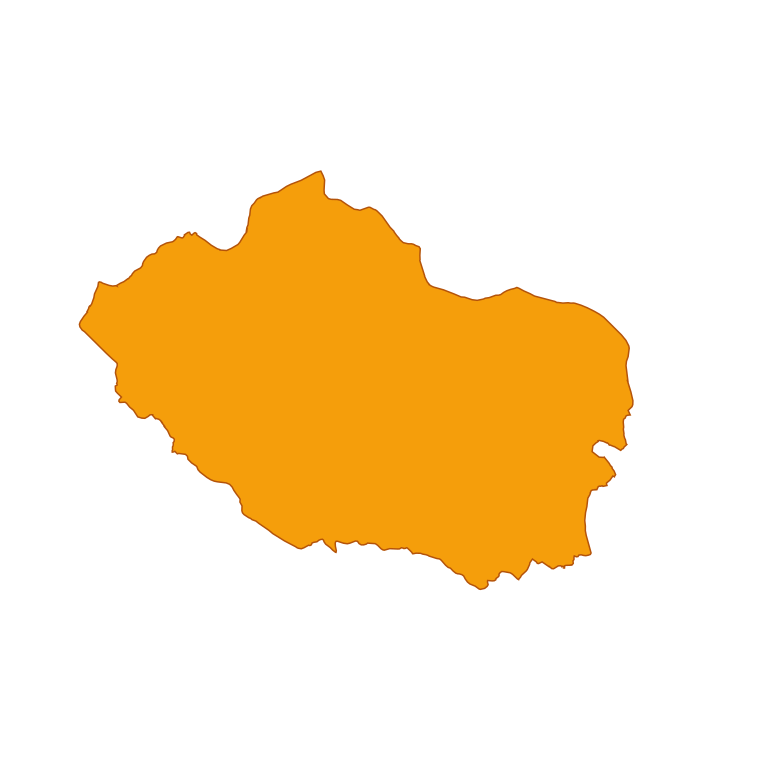 the district of Rungwe, Mbeya, United Republic of Tanzania, rotated 319°
{"feature_id": "72390352B86695961679763", "entity_name": "Rungwe", "entity_type": "district", "adm_level": 2, "iso_a3": "TZA", "parent_name": "United Republic of Tanzania", "parent_adm1": "Mbeya", "projection": "equal_earth", "projection_center": [33.663, -9.236], "detail": "fine", "context": "isolated", "style": "filled", "palette": "amber", "viewbox_px": 768, "rotation_deg": 319, "n_neighbors": 0, "source": "geoboundaries", "source_scale": "gbopen_adm2", "svg_char_len": 6147}
<svg xmlns="http://www.w3.org/2000/svg" viewBox="0 0 768 768"><g transform="rotate(319 384 384)"><path d="M586.2,523.5L592.5,517.9L593.7,515.9L595.2,509.9L595.4,502.9L593.6,477.8L592.3,472.5L590.4,467.1L587.4,459.8L584.4,453.8L581.1,448.4L580.1,447.2L578.1,445.6L576.3,443.5L572.1,440.3L568.5,436.3L568.0,436.1L567.2,433.9L555.3,416.4L553.5,411.7L550.6,405.5L548.6,400.2L547.6,398.3L545.2,397.5L541.5,395.6L537.9,394.2L534.4,393.4L530.8,393.1L528.8,392.2L526.5,390.3L520.0,387.8L516.6,385.6L514.9,385.2L509.2,382.0L505.8,378.2L501.8,371.4L499.3,368.9L495.9,361.9L490.7,352.0L485.1,343.5L484.1,341.4L483.3,338.8L483.5,338.8L483.6,335.3L485.2,329.5L485.5,329.3L492.1,314.2L492.7,313.9L495.5,310.4L500.1,305.7L500.5,303.4L498.4,299.6L498.5,299.3L497.9,297.9L496.8,296.3L494.2,294.0L491.3,290.0L490.9,287.5L490.7,284.5L491.0,283.9L491.0,280.1L491.4,275.8L491.7,275.3L491.4,269.7L492.8,255.9L492.2,248.3L491.6,246.5L490.9,245.6L490.4,244.2L489.3,241.4L488.2,240.4L479.8,237.1L478.4,235.1L476.2,232.6L473.8,224.9L471.8,217.0L469.9,214.2L465.1,209.8L463.7,207.6L463.7,201.4L465.9,198.4L473.0,191.1L474.7,186.9L476.0,181.9L471.4,179.6L455.0,175.9L444.9,172.2L440.0,170.9L429.8,169.6L426.2,167.5L415.8,162.7L413.1,162.3L413.2,162.1L410.4,161.4L408.6,161.4L404.7,162.4L401.2,162.7L398.0,164.3L393.5,168.5L390.8,170.1L385.8,174.7L383.3,175.9L381.1,177.7L381.8,177.7L380.1,179.2L376.3,179.9L368.0,182.5L365.3,182.9L357.8,181.5L352.8,180.0L348.1,175.3L348.3,174.9L346.9,172.6L344.7,166.0L343.2,158.2L341.3,152.0L340.5,148.6L341.1,147.7L341.2,148.0L341.3,147.4L340.7,145.8L339.4,145.5L336.6,145.6L336.2,143.6L336.8,141.9L335.5,141.0L331.4,140.5L331.4,140.8L329.0,141.6L327.9,141.6L327.2,141.0L325.1,137.6L324.6,137.3L321.5,138.1L318.6,138.1L317.3,137.7L312.3,134.9L305.9,133.2L303.0,133.5L300.7,134.3L298.8,135.5L296.3,135.3L294.1,133.7L291.3,132.9L288.0,132.6L283.0,133.8L280.6,135.0L279.5,136.1L276.5,136.7L269.9,135.2L266.5,135.7L264.5,136.5L263.2,136.3L260.2,136.9L259.8,136.5L254.8,136.1L251.2,135.0L246.7,134.2L246.6,134.7L246.3,134.0L243.5,132.1L241.2,129.2L237.7,123.2L237.4,121.9L236.3,120.3L235.2,120.0L232.0,122.7L224.6,126.1L221.7,128.5L215.9,131.8L213.2,132.5L213.0,132.0L211.7,132.4L210.5,133.3L207.2,134.6L207.3,135.2L202.1,136.0L195.8,137.7L193.3,139.1L192.0,141.4L191.6,145.2L192.3,148.0L194.6,178.7L195.4,186.7L196.1,191.5L196.1,193.5L194.4,195.4L191.0,197.3L188.6,199.4L185.3,205.8L184.0,207.4L182.6,208.1L182.5,208.9L181.9,209.7L179.8,209.3L177.7,212.0L176.8,213.3L176.8,216.4L177.3,221.6L173.6,222.2L172.6,223.1L172.6,224.7L176.6,227.8L177.1,229.7L176.9,234.6L177.7,239.5L176.6,247.3L178.8,250.8L181.0,253.0L184.5,253.7L187.2,253.8L188.6,254.8L189.1,255.3L188.8,255.4L188.7,260.0L188.9,259.9L190.9,262.8L191.4,265.0L191.3,266.8L191.1,266.6L190.9,268.1L190.7,271.8L190.3,271.6L190.2,271.9L190.1,277.2L188.4,283.0L188.5,284.3L189.5,286.5L189.5,288.1L187.9,289.7L186.4,289.9L185.4,291.3L184.1,292.4L183.1,292.7L181.2,295.0L180.3,295.4L179.5,296.5L180.8,297.3L182.0,297.6L182.2,301.1L183.6,301.8L188.0,306.8L188.3,309.5L186.7,312.2L187.0,317.2L188.6,323.3L187.4,326.7L187.4,329.9L189.1,338.4L190.4,342.5L192.1,345.9L194.0,348.4L200.0,355.1L201.7,358.5L201.8,362.2L200.9,365.9L200.4,370.5L200.1,375.0L199.8,376.6L197.8,378.6L196.9,382.8L193.6,386.4L192.7,388.4L192.7,390.7L194.2,396.1L195.1,397.9L195.4,399.8L197.4,403.4L198.1,407.2L201.1,418.8L201.9,423.9L206.0,437.2L210.5,448.7L211.0,450.6L211.6,451.8L213.5,454.1L216.2,455.1L221.3,456.2L222.1,457.3L223.6,457.7L225.4,456.8L227.1,457.4L229.9,459.1L232.5,459.2L234.4,459.9L235.7,460.8L235.9,462.1L235.2,463.9L234.9,466.6L236.1,472.1L236.3,475.8L237.0,479.2L237.3,479.6L238.6,478.6L240.9,474.5L242.7,472.2L243.7,471.5L244.7,471.3L245.7,472.1L249.0,477.6L251.5,480.5L253.7,481.7L259.5,483.8L260.8,485.3L260.5,488.1L261.3,490.5L263.2,492.1L265.6,493.2L267.2,493.3L272.7,498.8L273.4,501.6L273.7,506.5L274.3,508.4L275.2,509.6L280.3,512.0L286.2,517.6L287.5,518.6L289.7,519.0L290.8,520.5L291.0,521.2L292.5,522.2L293.5,522.3L294.0,523.1L294.4,526.8L294.5,529.6L294.2,530.8L294.9,531.4L297.2,532.7L300.5,535.7L301.7,537.9L303.7,540.4L304.8,542.3L305.1,543.4L309.4,550.4L311.2,552.5L311.6,554.6L311.6,561.2L312.1,564.5L313.3,566.6L313.5,570.7L314.1,573.9L315.2,575.7L316.1,576.5L317.7,579.0L318.2,581.1L317.4,584.5L317.1,588.2L317.6,591.2L320.2,596.4L321.3,601.2L322.0,602.2L325.9,604.3L329.0,604.4L330.9,603.8L332.2,601.3L333.3,600.3L336.5,603.6L338.1,604.8L339.9,605.1L340.9,604.3L344.2,604.5L345.2,604.0L346.0,603.0L347.3,602.6L349.8,602.7L351.4,604.3L355.4,609.3L356.2,612.0L356.8,618.7L357.3,620.0L358.0,619.6L360.1,619.4L362.2,618.6L368.6,618.4L370.5,618.0L375.5,615.7L376.8,614.6L381.2,613.5L382.3,618.4L382.0,619.9L382.8,620.9L386.6,622.0L388.7,630.2L389.0,630.1L389.5,633.4L390.8,634.7L396.2,635.6L398.2,637.1L398.3,638.8L398.9,638.6L399.4,638.8L399.6,639.3L399.8,640.5L399.0,640.8L399.5,641.3L401.1,639.7L402.3,640.2L406.0,643.2L406.6,643.2L406.9,643.9L409.1,643.6L410.6,641.5L412.2,641.1L413.7,639.4L414.8,638.6L415.8,640.6L417.2,641.5L418.8,641.0L420.7,642.2L422.3,644.5L423.7,646.0L426.0,647.3L427.9,648.0L429.4,647.4L437.3,630.9L439.7,626.8L442.8,623.3L445.9,618.8L451.7,613.3L456.7,609.6L462.9,603.9L466.6,602.6L468.3,601.6L468.3,601.4L470.4,600.4L471.9,600.8L474.2,602.6L474.3,602.4L475.3,603.4L478.4,602.0L479.6,602.4L480.6,603.4L481.9,603.9L482.1,604.9L485.7,606.9L486.2,605.6L487.0,604.7L491.4,604.8L496.3,603.6L497.0,605.2L497.4,604.9L499.3,604.4L500.6,600.6L500.8,597.4L501.5,596.5L501.6,595.3L501.3,594.6L501.9,591.5L502.2,583.7L501.9,583.8L498.4,580.4L496.7,571.6L501.1,567.7L505.1,567.5L507.9,567.9L508.3,567.2L509.5,567.9L512.0,571.3L513.5,574.7L513.9,574.8L514.2,576.6L513.9,577.5L514.1,578.1L514.9,578.7L515.2,579.7L515.9,580.7L516.1,581.6L516.7,582.1L519.1,589.4L521.1,589.3L522.3,589.7L523.9,589.1L527.6,589.0L527.6,587.9L529.7,584.3L530.0,582.9L531.5,579.9L532.6,578.8L535.0,575.1L536.6,573.8L539.5,569.8L541.2,568.2L541.7,567.8L543.9,567.9L544.7,567.3L546.0,566.9L547.4,567.4L549.5,568.9L550.9,564.1L556.3,563.8L558.2,562.8L560.9,559.9L565.1,552.0L569.8,541.4L570.0,541.8L578.7,528.9L581.9,525.9L586.2,523.5Z" fill="#f59e0b" stroke="#b45309" stroke-width="1.5"/></g></svg>